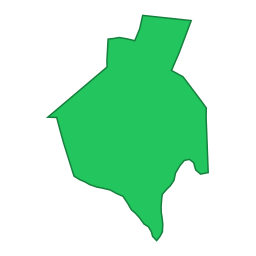 Lagoa de Dentro, Paraíba, Brazil
{"feature_id": "56859067B25189645014344", "entity_name": "Lagoa de Dentro", "entity_type": "district", "adm_level": 2, "iso_a3": "BRA", "parent_name": "Brazil", "parent_adm1": "Paraíba", "projection": "mercator", "projection_center": [-35.358, -6.683], "detail": "fine", "context": "isolated", "style": "filled", "palette": "green", "viewbox_px": 256, "rotation_deg": 0, "n_neighbors": 0, "source": "geoboundaries", "source_scale": "gbopen_adm2", "svg_char_len": 816}
<svg xmlns="http://www.w3.org/2000/svg" viewBox="0 0 256 256"><path d="M47.8,117.2L56.7,117.5L60.4,131.4L63.8,143.6L74.0,176.1L79.8,179.7L84.8,181.8L89.5,184.5L96.9,187.1L102.3,188.1L110.2,190.0L116.8,193.6L123.0,196.3L127.5,203.0L131.4,209.8L135.4,213.2L139.5,217.7L144.0,224.0L148.4,226.7L151.3,231.7L152.6,236.4L156.6,240.6L159.8,236.7L162.4,231.9L162.8,224.3L162.1,217.9L161.3,212.7L161.1,207.1L161.6,199.8L162.3,194.3L166.8,189.2L170.3,185.8L174.0,180.3L175.5,173.1L180.0,165.5L184.4,160.4L189.4,159.4L193.6,162.6L195.7,170.0L200.6,174.1L208.2,172.6L206.1,116.6L206.3,108.0L201.1,100.8L183.0,76.8L171.5,70.5L175.2,61.8L178.9,53.3L191.2,20.6L142.7,15.4L139.7,28.8L134.8,40.7L126.8,38.8L119.3,37.5L113.4,38.5L108.1,39.1L106.9,60.9L107.1,67.0L47.8,117.2Z" fill="#22c55e" stroke="#15803d" stroke-width="1.5"/></svg>